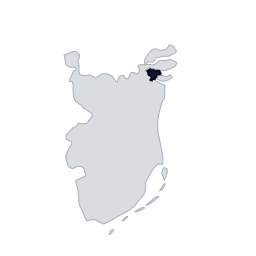 location of Tholen, Zeeland, Netherlands, rotated 158°
{"feature_id": "6326949B94220918271569", "entity_name": "Tholen", "entity_type": "district", "adm_level": 2, "iso_a3": "NLD", "parent_name": "Netherlands", "parent_adm1": "Zeeland", "projection": "albers", "projection_center": [4.074, 51.57], "detail": "fine", "context": "in_parent", "style": "filled", "palette": "ink", "viewbox_px": 256, "rotation_deg": 158, "n_neighbors": 0, "source": "geoboundaries", "source_scale": "gbopen_adm2", "svg_char_len": 4333}
<svg xmlns="http://www.w3.org/2000/svg" viewBox="0 0 256 256"><g transform="rotate(158 128 128)"><path d="M159.9,219.7L155.8,219.6L152.0,219.6L150.0,219.3L147.8,218.4L146.8,216.4L145.6,214.1L145.9,212.6L149.3,208.4L149.8,207.2L149.5,206.6L149.8,204.8L152.4,198.5L152.7,196.0L151.4,194.3L149.6,193.3L143.9,191.6L141.1,189.1L139.8,186.8L138.5,186.2L136.7,187.0L132.0,187.9L128.1,186.8L123.5,182.6L122.4,178.7L121.8,175.8L120.7,174.8L119.2,176.3L117.3,178.8L113.5,179.1L112.4,178.5L112.2,177.2L112.0,176.0L110.9,174.4L109.8,173.5L105.0,178.0L103.2,178.0L100.9,176.3L99.8,174.7L97.3,175.6L95.1,177.7L95.9,181.5L94.7,182.2L92.0,181.9L88.9,180.3L85.4,179.4L80.2,176.7L72.9,178.8L67.8,176.2L63.6,176.0L61.0,173.9L58.2,170.4L60.2,168.2L62.1,167.4L69.8,167.0L75.4,168.4L85.5,175.9L88.0,175.8L90.7,174.9L89.4,172.8L86.8,171.9L83.1,169.9L80.1,167.0L87.1,166.1L86.1,164.6L85.2,162.1L77.8,153.4L79.1,151.0L81.0,146.0L83.3,141.8L85.1,140.6L88.1,137.6L94.6,128.9L98.7,121.7L101.7,113.2L106.0,89.9L107.3,85.9L109.4,81.5L112.1,82.3L114.0,83.6L120.6,80.2L131.8,71.4L135.0,63.9L138.2,60.3L151.0,53.3L158.1,51.1L169.1,50.2L177.0,48.8L186.5,48.0L190.3,52.0L192.5,55.0L196.0,56.6L201.3,57.5L201.3,63.5L201.8,75.4L201.5,77.6L199.4,82.7L197.2,91.8L196.7,97.7L196.0,98.9L185.8,99.3L184.4,100.3L184.3,101.6L184.8,103.1L184.6,104.7L183.9,105.9L184.4,107.9L186.2,110.0L189.5,111.3L193.0,111.3L194.8,111.0L196.1,112.5L197.5,114.9L197.5,118.0L197.2,122.2L195.7,126.1L191.1,130.7L189.1,132.3L187.1,133.2L186.2,134.4L185.8,135.9L185.9,137.2L189.5,140.6L189.4,141.5L188.5,143.3L187.2,145.1L178.6,149.0L175.0,148.9L172.9,150.7L172.3,151.1L170.0,149.5L164.8,147.8L162.9,148.5L161.8,149.6L158.7,150.9L156.4,153.0L156.5,155.5L160.7,162.0L162.2,163.3L162.3,165.7L164.4,168.8L166.6,172.6L166.9,175.1L166.7,177.6L165.7,181.1L162.4,189.5L162.4,191.1L162.7,192.3L164.0,192.6L164.9,193.2L164.7,194.3L158.1,200.3L157.3,201.3L154.4,201.1L154.0,202.1L154.4,203.6L155.6,204.9L158.0,205.6L160.1,207.0L161.8,209.8L159.9,219.7ZM88.9,180.3L88.3,182.7L86.7,185.3L81.5,189.2L76.0,191.6L73.2,191.3L71.2,190.0L70.2,188.6L67.3,187.3L63.2,186.6L60.7,188.0L58.9,189.4L57.4,189.1L56.2,188.0L55.3,186.2L54.2,180.7L57.2,179.7L63.7,179.4L68.7,181.4L75.3,182.3L80.3,179.7L84.3,181.9L88.9,180.3ZM77.9,157.9L81.8,161.4L82.6,162.5L82.9,163.7L78.0,165.0L72.8,160.8L69.4,161.8L68.1,159.7L68.1,158.5L71.6,157.4L77.9,157.9ZM113.8,73.3L110.1,77.8L107.8,76.6L107.1,75.5L108.2,72.0L113.7,66.1L113.8,73.3ZM130.2,53.1L126.7,53.6L125.1,52.8L133.6,50.1L138.9,49.2L139.9,49.6L130.2,53.1ZM153.0,47.9L145.5,49.1L143.0,48.4L142.6,47.7L144.6,47.2L150.9,47.0L152.9,47.5L153.0,47.9ZM122.1,58.1L115.1,62.9L114.5,62.1L119.0,58.0L122.1,58.1ZM183.1,39.2L179.6,39.5L180.6,37.8L183.8,36.4L185.5,36.3L183.1,39.2ZM168.1,44.2L162.9,46.5L161.6,46.1L161.9,45.5L166.5,44.0L168.1,44.2Z" fill="#d9dde1" stroke="#a8b0b8" stroke-width="1"/><path d="M80.4,170.7L80.5,170.7L80.7,170.8L80.8,170.8L81.0,170.8L81.3,171.0L81.5,171.0L81.8,171.1L82.0,171.2L82.2,171.3L82.3,171.3L82.5,171.4L82.3,172.5L84.3,172.7L85.2,174.4L88.4,173.9L89.0,173.8L88.6,172.8L88.6,172.6L88.6,172.4L88.6,172.2L88.8,171.7L89.1,170.7L89.2,170.4L89.2,170.2L89.2,169.9L89.2,169.7L89.1,169.4L89.0,169.2L88.9,169.1L87.8,167.7L87.7,167.6L87.6,167.4L87.5,167.2L87.4,166.9L87.4,166.7L87.4,166.4L87.5,166.2L87.6,165.9L87.7,165.7L87.8,165.5L87.8,165.4L88.0,165.3L88.1,165.2L88.3,165.1L88.5,164.9L88.9,164.8L89.1,164.7L89.3,164.6L89.5,163.8L87.9,162.9L87.6,164.3L87.4,164.3L87.3,164.2L87.1,164.2L86.9,164.0L86.8,163.9L86.7,163.8L86.3,163.7L86.2,163.6L85.9,163.5L85.6,163.4L85.4,163.4L85.2,163.3L85.2,163.2L84.9,163.1L84.7,163.2L84.5,163.3L84.4,163.3L84.2,163.5L84.0,163.8L83.9,164.0L83.7,164.1L83.6,164.3L83.4,164.4L83.4,164.5L83.3,164.8L83.2,164.8L83.3,164.9L83.5,164.8L83.4,164.9L83.4,165.0L83.2,165.1L83.1,165.3L82.9,165.4L82.9,165.5L82.7,165.6L82.5,165.8L82.4,165.8L82.2,165.9L82.1,166.0L82.0,165.4L81.8,165.6L81.7,165.7L81.6,165.8L81.4,165.9L81.3,166.0L81.2,166.1L80.8,166.3L80.7,166.3L80.4,166.3L80.2,166.2L79.9,166.2L79.7,166.1L79.4,166.0L79.3,165.9L79.2,165.9L79.1,166.0L79.0,165.9L78.9,165.9L78.7,166.0L78.7,165.9L78.4,165.9L78.2,165.8L78.2,165.7L77.9,165.5L77.9,165.8L77.0,166.3L77.4,169.5L79.4,170.2L79.4,170.3L79.5,170.3L79.6,170.2L79.6,170.3L79.8,170.3L80.0,170.4L80.1,170.5L80.3,170.6L80.4,170.7Z" fill="#0f172a" stroke="#020617" stroke-width="1.5"/></g></svg>